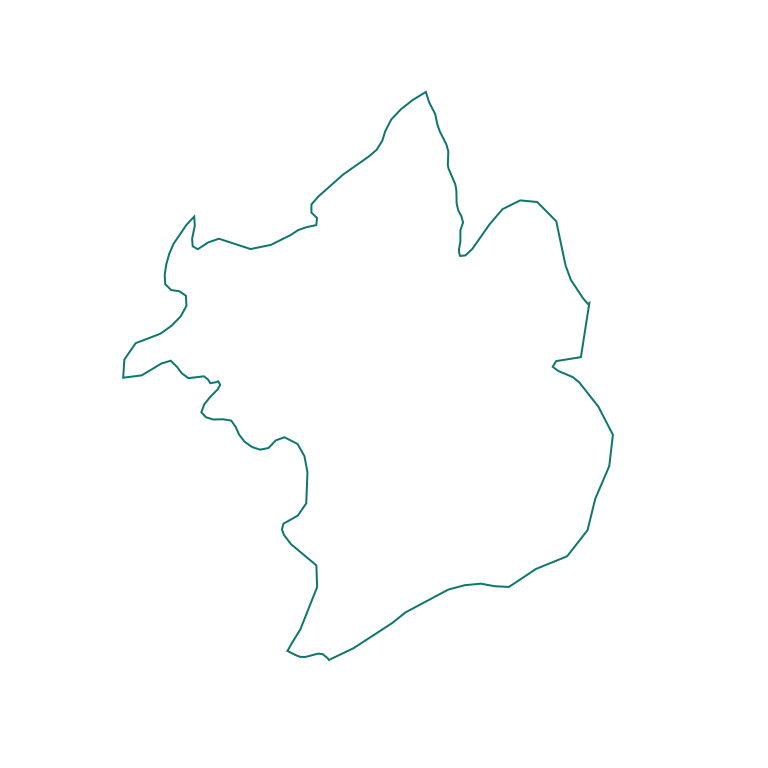 SVG path tracing the border of Benue, rotated 54°
{"feature_id": "NGA-2846", "entity_name": "Benue", "entity_type": "State", "adm_level": 1, "iso_a3": "NGA", "parent_name": "Nigeria", "parent_adm1": "", "projection": "equal_earth", "projection_center": [8.494, 7.276], "detail": "fine", "context": "isolated", "style": "outline", "palette": "teal", "viewbox_px": 768, "rotation_deg": 54, "n_neighbors": 0, "source": "natural_earth", "source_scale": "10m", "svg_char_len": 1941}
<svg xmlns="http://www.w3.org/2000/svg" viewBox="0 0 768 768"><g transform="rotate(54 384 384)"><path d="M575.0,590.7L572.5,590.8L566.5,592.4L563.4,595.8L558.7,607.9L555.5,612.2L551.3,614.9L543.2,619.0L543.2,618.9L539.2,610.2L533.4,596.0L509.0,557.5L491.0,545.3L458.9,553.4L447.3,553.7L441.8,552.1L437.9,547.5L439.8,531.1L434.8,517.0L410.4,497.8L395.7,490.8L381.7,489.2L368.6,495.8L366.0,504.7L367.9,515.0L364.3,522.8L357.6,527.7L348.9,530.7L339.9,531.0L331.8,529.3L323.8,529.1L317.8,535.1L312.3,543.1L306.2,547.6L299.5,548.4L294.8,541.3L292.3,532.2L290.6,521.6L288.4,517.1L284.4,516.6L283.5,519.5L281.3,524.0L276.5,523.8L271.9,525.2L264.3,538.8L256.5,541.3L248.5,541.4L239.8,542.9L236.6,552.0L234.6,575.0L225.6,591.3L211.6,579.7L205.0,560.9L211.9,535.2L212.0,521.9L209.8,508.7L204.7,497.9L196.2,492.4L188.9,494.9L182.8,501.0L174.6,502.3L166.9,497.3L159.3,489.9L152.5,481.3L146.9,471.9L139.1,450.1L137.0,439.1L144.8,444.1L153.6,453.8L160.1,457.8L165.5,455.5L166.1,443.1L169.4,432.2L196.4,412.6L205.0,393.7L208.6,371.8L209.0,363.0L211.4,355.0L215.6,345.4L210.4,340.6L202.7,342.0L196.1,337.2L193.7,326.6L190.5,293.8L191.0,262.2L190.2,252.3L186.2,242.4L180.2,234.4L174.2,222.5L171.7,208.7L171.1,194.2L172.3,178.5L182.6,181.9L195.7,183.9L205.4,188.3L212.4,190.4L226.8,192.7L233.7,195.3L243.9,203.3L247.4,205.1L264.5,209.0L270.1,211.8L280.9,219.3L287.4,221.9L293.9,222.8L299.8,225.1L304.5,231.8L313.9,238.7L318.9,244.0L321.2,245.7L323.7,246.7L325.2,247.1L327.8,242.6L326.6,233.0L316.9,204.9L312.2,185.2L315.5,165.9L326.8,153.1L353.6,149.0L394.7,167.4L409.5,171.6L431.8,172.6L439.2,171.9L439.2,170.3L478.0,208.9L466.7,231.2L469.2,237.4L475.6,235.5L489.4,227.2L497.4,225.1L528.6,223.9L559.7,228.7L582.8,250.0L601.0,280.5L621.9,305.3L631.0,337.1L622.9,370.0L621.6,402.2L612.7,413.3L602.4,423.1L594.2,437.0L588.1,452.9L581.4,500.6L582.2,518.0L579.8,564.1L575.0,590.2L575.0,590.7L575.0,590.7Z" fill="none" stroke="#0f766e" stroke-width="2"/></g></svg>